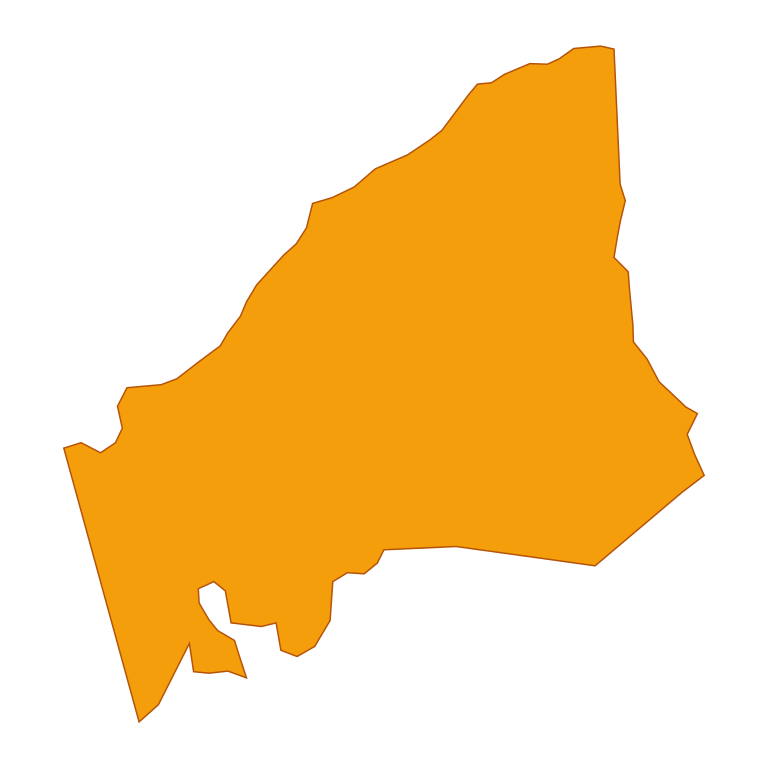 Riacho da Cruz, Rio Grande do Norte, Brazil
{"feature_id": "56859067B96167215385761", "entity_name": "Riacho da Cruz", "entity_type": "district", "adm_level": 2, "iso_a3": "BRA", "parent_name": "Brazil", "parent_adm1": "Rio Grande do Norte", "projection": "robinson", "projection_center": [-37.971, -5.922], "detail": "fine", "context": "isolated", "style": "filled", "palette": "amber", "viewbox_px": 768, "rotation_deg": 0, "n_neighbors": 0, "source": "geoboundaries", "source_scale": "gbopen_adm2", "svg_char_len": 1128}
<svg xmlns="http://www.w3.org/2000/svg" viewBox="0 0 768 768"><path d="M629.5,289.3L628.2,271.8L614.0,257.5L617.4,236.7L620.6,220.0L625.3,200.7L620.1,184.0L614.0,49.1L600.7,46.1L573.7,48.5L559.0,58.9L547.4,64.2L529.9,63.6L504.5,74.3L491.6,82.7L477.5,84.1L468.5,94.8L441.8,130.5L429.7,140.0L407.5,154.9L375.2,168.9L354.2,187.0L332.0,197.7L312.6,203.4L306.5,227.8L296.3,243.8L283.7,255.1L256.7,284.8L246.5,301.8L240.5,316.1L227.9,332.7L220.3,345.8L198.8,361.8L176.8,378.8L161.1,384.7L127.0,387.7L117.5,406.2L122.3,428.2L115.5,442.7L100.5,452.8L81.1,442.7L63.8,448.1L139.1,721.9L158.4,704.7L189.4,643.4L193.6,671.7L209.0,673.2L227.9,671.1L246.5,677.9L239.2,655.6L234.5,640.5L217.7,630.6L209.0,619.9L199.1,603.0L198.3,588.7L213.8,581.6L225.3,590.8L231.1,622.9L261.5,626.5L276.1,622.9L280.9,650.3L297.1,656.5L314.7,646.4L330.1,620.5L331.4,601.5L332.8,581.6L347.4,572.7L364.2,573.8L377.3,563.1L383.9,549.8L456.0,546.5L595.1,565.8L681.9,492.4L704.2,475.4L694.8,454.9L687.2,434.4L697.4,413.6L685.8,407.0L671.2,393.1L659.1,381.8L647.0,358.9L633.4,341.9L632.9,325.3L629.5,289.3Z" fill="#f59e0b" stroke="#b45309" stroke-width="1.5"/></svg>